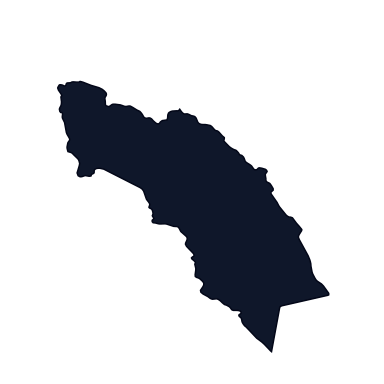 an SVG outline of Puno, rotated 134°
{"feature_id": "PER-573", "entity_name": "Puno", "entity_type": "Department", "adm_level": 1, "iso_a3": "PER", "parent_name": "Peru", "parent_adm1": "", "projection": "equal_earth", "projection_center": [-69.98, -15.156], "detail": "fine", "context": "isolated", "style": "filled", "palette": "ink", "viewbox_px": 384, "rotation_deg": 134, "n_neighbors": 0, "source": "natural_earth", "source_scale": "10m", "svg_char_len": 4958}
<svg xmlns="http://www.w3.org/2000/svg" viewBox="0 0 384 384"><g transform="rotate(134 192 192)"><path d="M251.6,23.9L251.7,25.0L251.3,34.4L251.4,37.6L252.2,43.9L251.5,59.4L251.7,61.2L251.4,63.2L250.9,65.1L250.4,66.1L249.1,67.9L248.6,68.8L248.5,69.9L248.6,70.9L248.6,71.8L248.1,72.7L247.4,72.9L245.6,72.4L244.8,72.5L244.0,74.3L245.2,76.6L248.4,80.0L249.0,81.2L249.0,82.1L248.8,83.1L248.6,84.3L248.6,85.4L249.4,88.5L250.4,90.5L250.6,93.2L250.6,96.1L251.0,98.6L251.7,100.1L254.9,102.8L255.5,103.9L255.9,105.2L256.2,107.9L257.7,113.2L257.9,116.0L256.8,117.6L252.8,118.3L250.8,118.9L249.3,120.3L249.0,121.7L248.9,123.2L249.0,126.3L249.4,127.7L250.2,129.3L250.5,130.9L249.3,132.3L245.5,135.1L244.3,136.2L242.0,139.8L241.6,140.0L240.6,140.4L240.2,140.7L240.0,142.1L240.2,145.8L239.8,146.6L238.6,146.6L237.2,146.2L236.1,146.4L235.3,147.9L234.9,158.1L234.1,160.4L233.2,161.1L229.9,162.3L228.6,163.3L228.0,164.4L227.9,165.8L228.2,172.2L228.1,172.9L227.1,175.8L226.8,177.3L227.2,178.7L228.5,180.2L229.5,181.4L232.8,188.2L233.8,189.5L237.3,192.9L238.2,194.1L239.7,196.8L241.1,198.6L241.0,200.0L240.0,201.0L238.6,200.9L237.5,201.0L236.7,204.0L234.7,204.9L233.6,206.3L232.7,207.9L232.3,209.2L233.0,211.5L233.0,212.2L232.5,212.6L230.9,213.3L230.3,213.7L229.6,215.1L229.3,216.7L229.1,218.3L228.8,219.8L225.0,227.3L224.5,229.7L224.8,232.1L225.5,234.4L228.0,242.5L230.5,250.7L233.0,258.8L235.5,267.0L236.8,271.3L238.8,274.6L239.9,275.8L241.2,276.9L242.6,277.5L244.1,277.5L244.7,277.1L245.9,276.0L246.5,275.7L247.2,275.8L249.1,276.5L250.7,275.8L252.1,276.9L254.4,280.3L257.5,281.9L258.8,283.1L259.4,285.2L258.1,287.9L251.5,291.3L249.5,292.6L248.0,295.1L247.5,296.4L247.4,298.1L247.4,302.7L247.3,305.1L247.6,306.4L249.1,309.3L248.4,310.5L247.4,312.1L246.5,313.1L243.0,315.4L241.9,315.7L239.8,316.0L238.9,316.7L238.4,317.9L237.2,322.1L236.4,323.8L230.5,332.0L228.9,336.4L228.2,337.4L225.7,339.4L225.3,339.9L225.1,340.6L225.3,341.1L225.8,341.3L226.0,341.8L225.8,343.1L224.5,345.0L222.9,345.7L221.3,346.1L219.7,346.9L217.8,348.5L214.7,352.3L214.3,352.4L213.3,352.6L213.0,352.7L212.4,354.4L211.5,358.8L210.5,360.8L210.4,360.9L209.8,361.2L207.8,361.7L207.4,361.8L207.0,361.7L206.6,361.5L206.1,361.0L205.1,359.5L204.9,359.0L204.4,357.4L204.2,357.2L203.8,357.0L203.2,356.9L202.8,356.9L202.6,357.0L202.1,357.3L201.2,357.7L200.9,357.7L200.5,357.6L200.0,357.3L198.3,355.7L197.7,355.3L197.2,355.0L196.9,355.0L196.4,354.8L196.1,354.7L194.9,353.5L192.9,351.1L191.6,349.8L191.3,349.6L191.1,349.5L190.9,349.5L190.4,349.4L190.0,349.0L188.7,346.6L185.4,338.7L181.6,331.4L180.5,327.9L180.4,326.9L180.3,325.7L180.3,325.1L180.4,323.0L180.6,322.3L181.1,321.5L181.8,321.0L182.4,320.7L184.2,320.3L184.8,320.0L185.4,319.5L187.0,317.4L189.3,315.0L189.7,313.7L188.3,311.0L184.7,310.3L184.0,310.0L183.2,309.3L182.2,308.2L179.2,304.2L178.2,302.2L177.4,300.3L176.9,299.6L176.4,298.9L173.8,297.0L173.0,295.9L172.3,293.3L171.3,288.6L170.3,285.7L170.3,285.0L170.4,283.5L170.7,281.7L171.5,279.0L171.6,278.1L171.3,277.1L170.8,276.1L168.5,274.4L167.8,273.3L167.5,271.8L167.7,269.2L167.6,266.8L167.5,265.6L167.1,264.5L166.5,263.6L165.6,263.2L164.5,263.2L163.6,263.4L161.3,263.0L157.6,260.1L155.7,260.9L155.1,261.5L154.2,262.2L153.4,262.9L151.6,263.7L150.6,263.7L149.0,263.2L147.5,262.4L144.2,259.4L144.1,259.2L143.6,258.7L142.3,258.1L141.0,258.3L141.5,255.8L141.7,253.9L141.4,251.9L139.0,249.6L138.4,248.3L137.5,245.4L136.9,244.5L136.4,243.7L136.1,243.1L135.8,242.3L135.9,241.4L135.9,240.8L136.1,240.1L137.6,236.7L137.8,236.0L137.9,235.0L137.7,233.9L137.1,232.6L136.6,231.8L134.2,229.2L133.4,228.1L131.5,225.1L131.3,224.2L131.2,223.1L131.4,220.5L131.5,219.5L131.5,219.0L131.5,218.2L131.1,217.2L130.6,216.5L130.3,215.5L130.2,214.3L130.6,209.1L130.4,206.6L131.1,205.9L131.5,205.6L132.4,205.2L132.8,204.9L133.2,204.1L133.3,203.0L133.5,196.7L133.1,194.0L132.6,192.1L132.1,190.7L131.7,190.0L131.4,189.1L131.4,188.0L131.5,186.3L131.7,185.2L132.1,184.0L132.0,183.7L132.0,183.3L131.1,181.6L131.1,179.3L131.6,177.8L133.0,175.0L133.0,173.9L132.8,172.4L132.2,169.7L132.0,168.4L131.9,167.3L132.6,163.6L132.5,162.6L132.0,161.7L130.8,160.9L130.0,160.8L129.2,160.9L128.6,160.8L128.0,160.5L127.5,159.9L126.4,158.3L125.0,155.6L124.7,155.0L124.6,154.2L124.6,153.5L125.0,152.3L126.0,152.0L127.7,151.8L128.3,151.6L128.8,151.1L129.4,150.4L130.2,149.3L131.2,148.0L131.7,147.6L132.3,146.9L132.6,146.3L132.7,145.6L132.7,144.7L132.1,143.2L131.8,141.9L132.2,139.6L133.2,136.0L133.8,135.4L134.3,134.9L137.3,135.1L137.9,134.5L138.2,134.1L138.5,133.4L140.4,123.6L141.4,120.7L141.9,118.9L143.2,108.3L143.1,106.6L142.6,104.8L141.8,103.9L141.2,102.8L140.8,101.8L141.9,95.2L142.2,91.1L142.7,87.0L143.6,86.3L148.4,85.3L150.0,84.6L150.7,84.0L151.7,81.8L157.2,64.2L159.0,60.1L159.9,58.5L161.1,56.7L162.8,54.8L166.2,50.0L167.1,48.2L168.6,43.7L169.1,41.6L169.1,40.7L169.1,39.8L168.2,35.0L168.3,32.1L169.9,23.3L171.0,22.2L171.9,22.5L211.7,48.5L213.3,48.9L214.3,48.6L251.6,23.9L251.6,23.9Z" fill="#0f172a" stroke="#020617" stroke-width="1.5"/></g></svg>